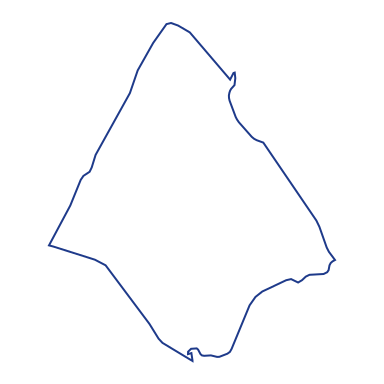 an SVG outline of Tadjourah
{"feature_id": "DJI-1571", "entity_name": "Tadjourah", "entity_type": "Region", "adm_level": 1, "iso_a3": "DJI", "parent_name": "Djibouti", "parent_adm1": "", "projection": "equal_earth", "projection_center": [42.622, 12.035], "detail": "fine", "context": "isolated", "style": "outline", "palette": "blue", "viewbox_px": 384, "rotation_deg": 0, "n_neighbors": 0, "source": "natural_earth", "source_scale": "10m", "svg_char_len": 1012}
<svg xmlns="http://www.w3.org/2000/svg" viewBox="0 0 384 384"><path d="M49.0,245.4L70.3,205.5L80.7,179.9L83.5,175.8L89.6,171.8L91.7,167.5L95.6,154.9L129.9,93.1L137.7,70.4L153.2,42.9L166.5,24.1L171.0,23.0L178.0,25.5L189.8,32.4L230.1,79.6L233.5,73.0L234.7,72.6L235.3,78.2L234.5,85.1L231.1,88.9L230.1,90.7L229.4,92.8L228.9,95.4L229.0,98.0L229.6,100.7L235.7,117.0L237.0,119.5L238.9,122.3L251.7,136.8L254.1,138.8L256.7,140.2L263.3,142.6L316.4,220.6L319.4,226.8L326.7,247.5L328.9,251.8L335.0,260.0L332.5,261.4L330.7,263.0L329.5,265.3L328.6,270.1L327.2,272.2L323.6,274.0L309.5,274.8L305.8,276.6L302.0,280.2L298.1,282.5L291.1,279.1L286.2,280.2L262.3,291.5L255.5,296.9L249.6,305.3L231.6,348.9L229.9,351.9L227.4,353.7L219.4,356.8L217.1,356.9L210.9,355.4L204.1,355.8L201.9,355.4L200.5,354.1L198.1,349.6L196.7,348.4L191.1,348.8L188.1,351.7L188.0,354.1L191.4,353.1L192.5,360.6L192.5,361.0L162.5,342.9L158.6,338.7L149.5,324.0L105.6,265.3L94.9,259.7L53.2,246.5L49.0,245.4Z" fill="none" stroke="#1e3a8a" stroke-width="2"/></svg>